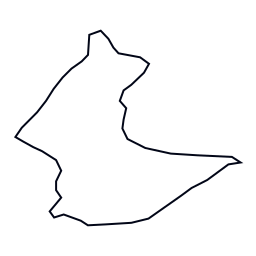 the district of Lilla Edet, Västra Götaland, Sweden
{"feature_id": "70781695B92226486656888", "entity_name": "Lilla Edet", "entity_type": "district", "adm_level": 2, "iso_a3": "SWE", "parent_name": "Sweden", "parent_adm1": "Västra Götaland", "projection": "equal_earth", "projection_center": [12.169, 58.174], "detail": "fine", "context": "isolated", "style": "outline", "palette": "ink", "viewbox_px": 256, "rotation_deg": 0, "n_neighbors": 0, "source": "geoboundaries", "source_scale": "gbopen_adm2", "svg_char_len": 711}
<svg xmlns="http://www.w3.org/2000/svg" viewBox="0 0 256 256"><path d="M87.9,225.3L105.3,224.4L131.4,222.8L148.5,218.6L164.0,207.7L181.1,195.7L191.7,187.9L207.2,180.0L228.4,164.4L240.6,162.5L231.9,156.9L197.5,155.3L170.8,153.6L145.3,148.0L127.5,139.0L122.4,128.5L123.6,119.6L126.2,108.2L119.8,100.9L123.6,90.4L131.3,84.8L144.0,72.7L149.0,63.8L140.1,57.3L118.5,53.3L113.4,47.6L108.4,38.8L100.8,30.8L100.7,30.7L89.3,34.8L88.0,54.9L81.7,61.4L71.5,68.6L62.6,77.5L53.7,88.8L46.0,100.9L37.1,112.3L21.8,127.7L15.4,137.0L23.1,141.5L33.2,147.1L42.1,151.2L56.1,160.1L61.2,170.7L56.1,181.3L56.1,190.2L61.2,197.6L49.7,211.4L54.1,217.5L63.7,214.5L80.8,220.7L87.9,225.3Z" fill="none" stroke="#020617" stroke-width="2"/></svg>